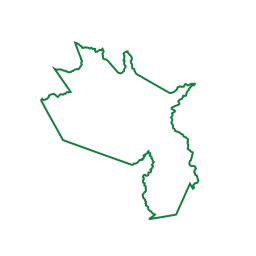 outline of Parnamirim, Pernambuco, Brazil, rotated 255°
{"feature_id": "56859067B61443615516540", "entity_name": "Parnamirim", "entity_type": "district", "adm_level": 2, "iso_a3": "BRA", "parent_name": "Brazil", "parent_adm1": "Pernambuco", "projection": "robinson", "projection_center": [-39.739, -8.164], "detail": "fine", "context": "isolated", "style": "outline", "palette": "green", "viewbox_px": 256, "rotation_deg": 255, "n_neighbors": 0, "source": "geoboundaries", "source_scale": "gbopen_adm2", "svg_char_len": 5202}
<svg xmlns="http://www.w3.org/2000/svg" viewBox="0 0 256 256"><g transform="rotate(255 128 128)"><path d="M111.9,92.5L103.5,104.7L91.8,121.6L91.3,122.7L91.4,123.7L92.1,124.3L91.7,125.6L91.7,127.0L92.1,128.2L93.2,129.8L93.8,130.5L94.1,131.4L93.5,132.7L93.7,133.8L94.4,133.7L94.7,135.2L95.5,135.5L96.0,135.9L96.4,136.8L97.3,136.0L98.0,137.1L97.9,138.3L98.4,139.0L98.5,140.2L99.9,140.9L100.2,141.8L99.6,141.7L98.1,142.0L97.9,142.8L96.4,142.7L95.7,141.9L95.0,142.5L93.6,143.3L92.5,142.7L91.6,143.5L89.6,143.3L88.5,144.2L87.1,142.6L86.1,141.5L84.8,142.3L83.7,141.5L83.2,141.1L82.6,140.0L82.0,138.9L81.3,139.5L80.6,139.3L79.5,138.4L79.5,137.4L79.6,136.1L77.5,135.6L77.0,134.5L77.1,133.5L77.5,132.7L78.2,132.5L78.6,131.7L78.2,130.7L76.8,129.7L76.2,130.2L74.6,130.2L74.3,129.4L72.8,128.8L72.1,128.5L71.2,128.6L70.2,129.8L68.3,128.9L67.6,129.8L66.5,130.0L65.3,129.4L64.5,129.5L63.5,129.1L62.3,128.9L61.6,127.3L60.7,126.2L60.0,125.0L58.9,124.8L58.0,124.8L57.4,124.5L55.7,125.2L54.7,125.8L54.0,126.0L53.1,125.7L52.3,126.2L51.3,126.1L50.6,125.3L49.8,125.7L48.6,125.3L48.1,126.0L46.8,126.6L46.2,126.9L45.4,126.9L44.7,126.6L43.9,126.7L43.0,127.2L41.5,128.5L40.8,129.0L39.6,129.4L38.5,130.3L37.4,131.7L37.0,131.1L34.5,124.7L33.3,136.6L33.0,139.7L32.7,143.0L31.9,152.1L36.6,155.9L43.6,161.6L48.0,165.2L48.8,165.8L58.1,173.4L52.6,175.0L53.2,176.3L54.2,176.3L55.4,176.0L56.5,176.8L56.7,177.8L57.4,178.8L57.1,179.8L57.2,180.9L58.3,181.7L59.2,182.4L60.5,182.1L61.2,182.1L62.2,182.2L63.4,182.2L64.5,181.9L65.2,181.0L66.8,180.8L67.7,180.8L68.4,180.5L69.0,181.0L70.1,181.5L70.6,182.3L71.4,183.2L72.2,182.8L73.3,182.9L74.0,181.9L74.5,181.1L74.8,179.7L75.5,178.5L77.4,177.9L78.2,178.3L80.1,179.2L80.8,180.7L82.1,181.2L83.5,182.2L84.7,182.6L86.6,184.0L87.8,184.1L89.3,182.3L90.6,181.9L91.4,181.1L92.1,180.5L93.2,180.5L94.3,181.4L95.3,181.4L96.4,181.9L97.4,181.5L98.5,182.0L99.6,182.0L100.0,182.5L100.9,182.8L102.0,182.9L102.8,182.2L104.0,181.4L105.0,180.2L105.4,179.6L107.3,179.3L108.9,177.5L110.2,176.7L111.6,174.9L112.7,172.9L113.5,173.0L114.2,172.9L115.2,172.4L116.5,171.4L117.5,171.7L118.7,172.1L119.7,172.0L121.1,171.3L122.3,171.4L123.6,172.6L124.8,173.0L127.1,172.3L127.9,173.5L128.4,174.1L129.3,174.4L130.8,174.3L131.2,176.3L131.5,177.1L132.1,177.7L132.9,177.6L133.7,176.7L134.3,175.7L135.3,175.1L136.1,175.4L136.6,176.2L136.6,177.6L137.1,178.9L137.3,182.7L137.8,183.7L138.5,184.0L139.4,183.8L140.0,183.4L140.7,183.6L141.3,184.1L141.9,185.1L142.2,187.8L143.1,188.5L144.9,189.7L144.1,191.5L144.3,192.4L145.1,192.9L146.1,193.3L147.0,193.9L147.9,194.8L149.4,196.7L150.2,197.4L151.0,198.5L151.6,199.4L152.3,200.5L152.4,202.4L152.7,203.5L153.9,204.7L153.5,203.7L153.4,202.8L154.3,201.3L154.3,200.2L153.5,197.3L154.0,196.6L155.5,195.2L155.3,194.1L153.5,192.6L153.9,190.3L154.6,189.5L154.9,188.7L154.2,187.2L154.4,186.4L153.4,185.8L152.5,185.1L151.1,182.2L150.9,181.3L150.8,180.4L150.8,178.5L151.0,177.5L151.6,176.7L152.3,176.0L177.7,150.4L178.3,149.9L179.5,149.6L180.7,149.4L181.5,149.0L182.4,149.2L183.4,149.2L184.0,148.4L184.5,147.6L186.0,147.7L186.9,148.1L187.9,148.3L188.8,148.3L189.7,147.8L190.9,147.7L191.9,148.0L192.3,148.6L193.3,149.4L194.6,149.9L195.3,149.7L196.0,149.5L196.8,149.4L197.7,148.8L198.8,148.5L199.4,148.0L200.1,147.8L201.0,147.2L202.0,147.5L202.3,146.7L202.1,145.7L201.7,144.4L201.5,143.5L200.8,142.9L199.6,143.0L198.4,143.4L197.6,142.7L196.7,142.5L195.6,142.2L195.1,141.5L194.3,141.1L193.7,142.1L192.8,141.7L192.0,141.1L191.1,140.9L189.7,141.0L188.8,141.6L188.0,141.7L187.4,141.2L186.8,140.6L186.2,139.9L185.2,139.3L184.1,138.9L183.6,137.7L182.9,136.6L182.7,135.3L182.8,134.5L183.4,133.7L184.0,132.9L184.7,132.4L188.8,130.5L189.5,130.1L190.7,129.5L198.0,126.0L198.8,125.4L199.5,124.8L200.2,123.9L200.7,122.8L201.6,122.0L203.3,122.1L204.3,122.7L205.1,122.5L206.0,122.3L206.7,123.0L207.3,123.5L207.9,124.0L208.5,124.4L209.4,124.1L210.4,124.0L211.1,123.8L210.6,123.0L209.9,122.3L210.3,121.6L210.8,120.9L210.3,119.4L209.8,118.4L209.7,117.5L209.8,116.6L210.6,116.3L211.4,116.3L212.2,116.6L212.9,116.6L213.3,115.9L213.4,114.6L214.2,113.9L215.0,113.4L214.7,112.7L214.6,111.9L215.5,110.9L216.2,109.7L216.3,108.8L217.0,107.9L217.1,106.9L216.8,105.7L217.1,105.0L217.6,104.4L218.8,104.4L219.5,103.3L220.5,102.8L221.4,102.3L222.3,101.2L223.4,100.3L224.1,99.0L211.5,100.1L210.5,100.3L207.8,100.6L206.4,100.3L205.3,100.9L204.4,101.0L203.7,100.1L202.9,99.7L202.2,99.5L201.4,99.8L200.1,98.7L199.4,97.5L198.3,96.6L197.5,95.2L197.8,94.5L198.2,93.6L198.2,92.3L198.1,91.4L197.4,89.8L197.4,88.4L196.8,87.1L197.1,85.5L197.4,84.7L198.0,84.0L198.5,83.3L199.3,82.7L199.9,81.0L200.5,80.1L201.2,79.5L201.9,78.4L202.1,77.1L202.5,76.2L202.7,74.8L203.1,73.8L203.5,73.2L204.2,72.4L202.5,73.0L188.1,78.2L180.1,81.1L177.7,81.9L177.7,79.9L178.3,78.9L178.4,77.8L177.6,77.2L177.2,76.5L177.7,75.5L177.0,74.2L177.2,73.4L177.8,72.6L178.0,71.5L177.4,70.2L176.7,69.3L176.1,68.3L177.0,67.5L177.6,67.0L178.7,66.6L179.5,65.5L180.2,65.2L180.2,63.9L180.3,62.8L180.3,61.9L179.9,60.3L178.9,59.6L178.2,59.4L177.8,58.3L177.2,57.7L177.0,55.9L176.8,54.6L177.0,53.6L177.7,52.9L178.4,52.7L177.7,51.6L176.9,51.3L164.5,54.2L163.3,54.5L148.7,58.2L133.1,62.1L126.4,71.7L125.1,73.6L119.0,82.3L111.9,92.5Z" fill="none" stroke="#15803d" stroke-width="2"/></g></svg>